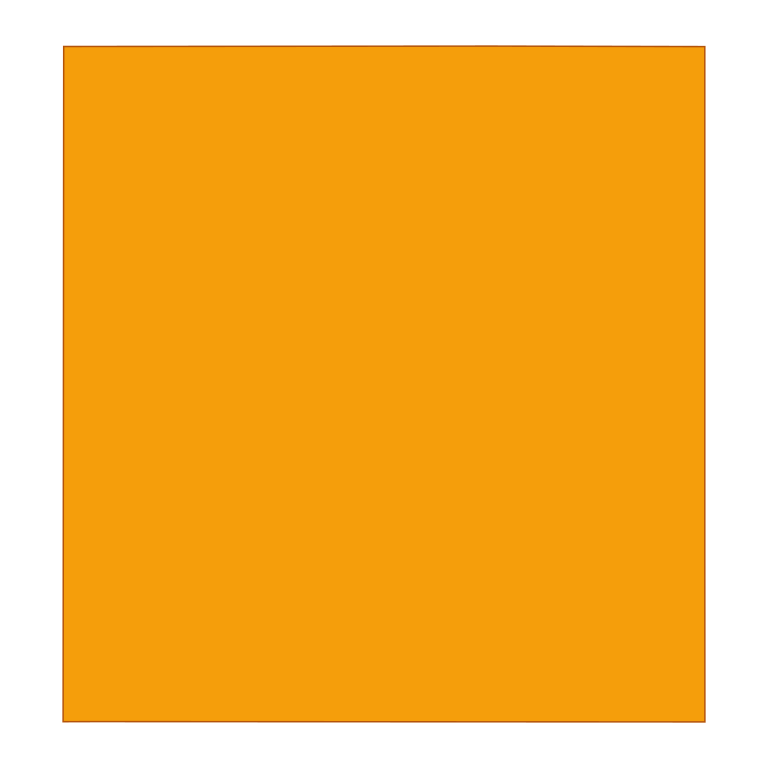 the district of Haskell, Kansas, United States of America
{"feature_id": "52423323B82156570325304", "entity_name": "Haskell", "entity_type": "district", "adm_level": 2, "iso_a3": "USA", "parent_name": "United States of America", "parent_adm1": "Kansas", "projection": "equal_earth", "projection_center": [-100.898, 37.562], "detail": "fine", "context": "isolated", "style": "filled", "palette": "amber", "viewbox_px": 768, "rotation_deg": 0, "n_neighbors": 0, "source": "geoboundaries", "source_scale": "gbopen_adm2", "svg_char_len": 243}
<svg xmlns="http://www.w3.org/2000/svg" viewBox="0 0 768 768"><path d="M63.7,46.5L63.3,524.4L63.1,721.7L94.8,721.6L491.2,721.8L704.9,721.9L704.8,552.8L704.8,46.6L491.3,46.1L63.7,46.5Z" fill="#f59e0b" stroke="#b45309" stroke-width="1.5"/></svg>